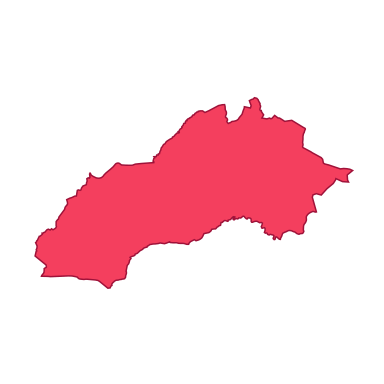 outline of Santa Catarina Tlaltempan, Puebla, Mexico, rotated 175°
{"feature_id": "50627088B53125297105915", "entity_name": "Santa Catarina Tlaltempan", "entity_type": "district", "adm_level": 2, "iso_a3": "MEX", "parent_name": "Mexico", "parent_adm1": "Puebla", "projection": "mercator", "projection_center": [-98.08, 18.615], "detail": "fine", "context": "isolated", "style": "filled", "palette": "rose", "viewbox_px": 384, "rotation_deg": 175, "n_neighbors": 0, "source": "geoboundaries", "source_scale": "gbopen_adm2", "svg_char_len": 6095}
<svg xmlns="http://www.w3.org/2000/svg" viewBox="0 0 384 384"><g transform="rotate(175 192 192)"><path d="M174.4,271.9L176.7,272.1L178.6,271.9L178.6,271.5L179.9,271.2L180.3,271.2L180.7,270.7L182.2,270.0L182.9,268.8L183.5,268.6L184.2,268.7L184.4,268.4L185.2,267.8L185.4,267.1L187.9,266.0L187.9,265.7L188.2,265.5L189.2,265.4L189.8,265.1L190.8,264.3L190.8,264.0L190.7,263.8L190.8,263.5L191.6,263.6L192.5,262.5L192.5,261.3L193.0,261.1L194.0,261.1L194.4,260.7L195.0,259.2L196.4,258.0L196.6,257.5L196.3,257.0L196.7,256.6L197.2,256.2L198.2,255.8L199.0,254.9L199.5,253.8L200.6,253.4L200.5,253.1L199.6,252.7L199.5,252.4L199.7,252.1L200.3,252.0L201.5,252.1L202.5,251.6L203.3,250.7L203.9,250.4L204.8,249.3L205.7,248.7L206.6,248.5L206.9,247.7L207.3,247.3L209.4,246.5L212.4,244.9L213.4,244.2L214.7,242.4L216.2,241.8L217.6,239.8L218.8,238.6L219.6,236.1L220.0,235.8L220.2,235.4L220.9,233.7L221.0,233.1L222.3,232.8L222.4,231.9L224.0,231.9L224.5,230.4L225.0,230.3L226.2,230.5L226.8,230.5L226.3,229.6L226.2,229.2L227.1,228.8L228.1,226.1L227.4,225.4L227.5,224.6L240.1,224.8L246.1,224.7L248.9,223.9L249.9,223.9L255.3,224.4L259.9,225.1L261.8,226.8L262.7,227.2L263.8,227.3L264.7,227.1L265.6,226.7L268.3,224.0L271.2,221.8L276.0,218.5L278.0,216.8L279.2,215.4L281.0,214.2L283.3,213.8L284.6,214.0L286.2,214.4L289.2,216.2L290.5,217.2L291.2,218.1L291.5,219.2L291.9,219.7L292.5,218.8L292.4,217.5L292.5,216.9L292.3,216.1L292.6,215.1L293.0,214.8L293.4,215.1L293.6,214.9L294.3,215.1L295.6,214.4L295.5,212.0L296.3,210.3L296.6,208.5L300.1,207.5L301.7,205.6L302.5,203.7L303.3,203.4L305.1,204.0L306.1,203.6L307.5,198.1L309.2,198.1L312.3,196.9L314.3,196.5L317.5,195.3L317.0,192.8L317.0,191.2L317.3,190.2L317.7,190.1L319.7,187.9L320.5,185.7L326.7,178.7L327.5,176.5L328.2,176.3L329.9,174.4L330.3,170.3L330.1,169.3L330.8,168.1L332.2,167.2L333.8,166.5L335.1,167.6L336.6,166.5L338.4,167.5L339.8,167.0L342.2,164.7L343.4,164.5L344.3,163.8L344.9,164.1L345.0,163.7L344.8,162.9L347.2,161.2L348.0,161.2L350.3,157.3L351.0,156.8L351.2,156.1L351.7,155.5L352.2,155.2L351.0,151.7L351.4,149.5L352.2,148.1L351.8,146.8L352.4,146.5L353.9,141.9L343.7,132.0L343.6,129.9L344.0,129.5L344.9,129.2L346.0,128.5L346.0,127.5L346.4,125.0L347.0,124.0L349.0,121.9L349.3,121.2L342.9,120.5L340.2,120.0L322.2,119.2L318.8,118.8L315.0,117.7L313.5,117.1L312.7,115.8L311.4,115.1L307.3,114.3L305.4,114.4L303.8,114.2L295.9,112.8L293.4,112.1L291.8,110.9L284.2,103.5L281.9,103.6L281.3,104.8L280.6,105.6L279.9,105.9L279.9,107.2L279.6,107.7L278.8,108.5L277.8,109.2L277.1,109.9L275.3,110.7L273.1,110.7L272.0,111.0L269.7,111.1L269.3,111.3L268.0,111.3L266.7,111.5L265.6,112.9L265.4,114.3L264.4,116.7L264.3,118.2L264.6,118.7L263.0,124.3L262.4,125.1L261.4,126.0L260.4,128.2L260.4,129.0L259.5,130.1L258.6,131.0L259.4,132.3L257.4,133.1L255.7,133.4L254.5,133.9L254.1,135.0L251.8,135.7L248.9,138.0L246.1,139.2L245.6,139.9L244.2,140.6L241.5,141.1L241.1,142.0L240.1,142.3L238.5,143.4L238.0,143.3L235.5,143.6L233.2,143.5L230.1,143.6L228.2,144.0L223.9,142.9L222.0,143.3L218.6,144.3L218.5,143.8L217.8,143.5L215.5,143.1L211.9,142.8L209.5,142.0L205.5,141.6L204.4,141.4L201.7,140.3L199.9,140.2L199.7,140.9L198.0,142.6L193.8,144.3L192.3,143.1L189.4,143.7L187.8,144.4L186.3,145.4L185.2,146.9L183.7,149.5L178.7,150.1L176.9,151.2L176.3,151.9L175.7,153.1L173.1,153.3L172.4,153.2L171.8,153.2L171.3,153.5L170.1,154.8L169.2,155.1L168.7,155.6L167.9,156.0L166.5,156.3L165.7,159.1L164.4,159.1L164.1,159.6L163.6,159.7L162.3,160.7L161.5,160.7L160.6,160.4L159.2,159.7L158.6,159.8L158.4,160.8L156.0,161.2L153.9,163.2L153.3,163.6L152.6,163.8L151.6,163.4L152.4,162.4L153.2,161.9L153.4,161.1L152.7,160.6L152.1,160.7L150.8,161.8L148.8,161.2L148.3,161.4L147.8,162.1L145.8,161.9L145.0,162.2L143.8,163.2L143.1,163.4L142.6,163.3L142.1,163.0L141.7,162.3L140.7,161.1L140.0,160.5L139.5,160.3L139.1,160.5L138.8,161.1L138.1,161.3L137.3,161.2L136.0,160.7L135.6,160.1L135.5,159.0L135.6,157.4L135.2,156.7L134.3,156.6L132.3,157.2L130.8,157.3L129.7,157.1L127.3,155.5L125.6,155.6L124.6,154.9L124.8,154.0L125.4,152.5L126.0,151.6L125.6,150.0L125.2,149.8L124.2,150.0L122.9,150.1L122.5,149.6L122.4,148.8L122.6,147.3L123.4,145.4L122.5,144.6L121.6,144.7L121.1,144.6L120.7,144.2L120.4,143.2L119.3,142.6L118.6,142.5L117.8,143.0L117.0,142.8L115.9,142.3L115.5,142.3L114.5,141.7L114.2,141.2L114.3,140.6L115.2,138.8L115.0,138.2L114.3,137.4L113.6,137.5L113.1,138.2L112.7,139.6L112.3,139.9L111.5,139.8L109.1,137.3L108.1,137.1L107.8,138.2L106.6,140.0L105.4,142.7L104.9,143.1L103.5,143.7L101.1,144.4L100.4,144.8L99.4,145.1L98.5,145.2L96.4,144.8L94.1,143.5L93.2,143.3L91.1,141.4L89.5,140.7L88.9,140.6L88.2,141.0L85.5,141.1L84.9,141.6L84.3,142.5L84.0,143.2L84.4,144.4L83.9,148.2L83.3,149.8L81.6,151.7L80.6,153.6L80.4,154.8L80.4,156.6L80.1,157.8L79.5,158.6L78.7,159.5L77.4,160.5L75.8,161.3L73.4,162.1L72.3,161.9L71.6,161.5L70.4,161.2L69.8,161.3L72.6,176.3L71.7,178.6L68.3,179.5L63.5,177.7L57.3,183.5L50.5,188.2L47.9,191.6L47.5,192.8L41.1,189.2L35.2,188.3L36.0,190.4L35.9,195.2L35.7,195.6L30.1,199.4L32.7,200.9L35.7,201.7L38.8,202.2L42.2,202.1L53.4,207.0L57.4,208.4L58.6,209.4L59.0,213.2L60.3,215.0L68.9,220.7L70.1,221.7L77.5,226.5L77.9,227.2L77.7,228.1L77.3,229.2L77.3,230.0L77.5,231.6L76.9,234.8L76.6,237.9L75.8,240.5L75.1,241.4L74.4,243.3L74.0,244.0L73.6,244.8L73.7,245.3L73.9,245.6L75.7,246.8L86.4,254.7L93.5,254.3L96.4,256.6L98.3,258.0L99.9,258.3L103.0,261.1L105.9,258.4L107.0,258.1L108.3,258.9L111.1,258.3L115.9,259.6L113.9,262.6L115.6,265.5L115.9,267.1L116.5,267.0L116.8,267.2L117.2,268.1L117.0,269.1L116.2,271.2L116.2,271.8L116.5,272.6L116.7,273.5L116.5,274.2L117.7,276.8L118.0,278.0L119.3,279.7L121.6,280.5L122.9,279.3L124.5,279.0L126.9,278.0L126.1,274.9L125.7,273.5L125.6,272.7L126.5,270.6L132.4,272.4L132.7,270.9L133.8,268.8L135.4,265.0L138.4,262.0L139.6,260.4L141.1,259.5L141.9,259.2L144.2,258.8L146.0,258.8L147.7,257.8L148.9,257.5L149.9,257.1L150.9,258.5L151.2,259.2L150.3,260.6L150.4,261.6L151.1,262.8L151.8,263.1L152.1,263.7L151.8,265.1L151.0,266.6L150.8,267.7L150.8,268.7L151.7,271.1L151.6,274.4L151.9,276.2L154.2,276.3L158.0,275.8L168.1,271.5L172.2,270.1L174.4,271.9Z" fill="#f43f5e" stroke="#9f1239" stroke-width="1.5"/></g></svg>